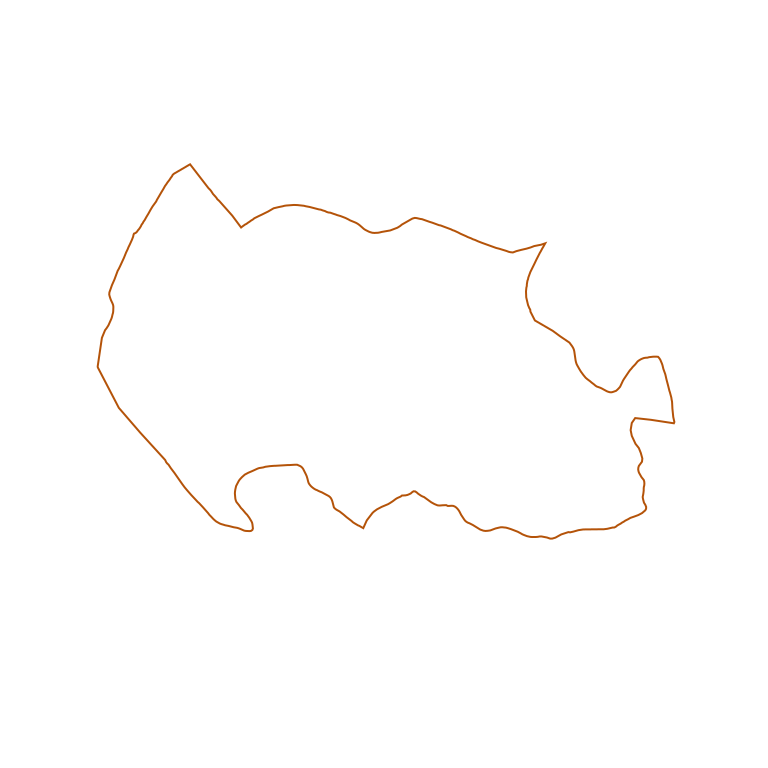 outline of Qa'tabah, Al Dali', Yemen, rotated 201°
{"feature_id": "15242507B41801613427967", "entity_name": "Qa'tabah", "entity_type": "district", "adm_level": 2, "iso_a3": "YEM", "parent_name": "Yemen", "parent_adm1": "Al Dali'", "projection": "albers", "projection_center": [44.626, 13.929], "detail": "fine", "context": "isolated", "style": "outline", "palette": "amber", "viewbox_px": 768, "rotation_deg": 201, "n_neighbors": 0, "source": "geoboundaries", "source_scale": "gbopen_adm2", "svg_char_len": 6157}
<svg xmlns="http://www.w3.org/2000/svg" viewBox="0 0 768 768"><g transform="rotate(201 384 384)"><path d="M117.5,332.6L116.3,334.0L115.5,335.5L114.3,337.0L113.0,338.5L112.1,339.9L110.8,341.4L109.8,342.9L107.6,345.3L106.0,347.3L102.9,349.9L99.6,352.8L96.8,356.0L94.8,359.7L94.6,361.4L95.2,363.2L96.8,364.9L98.8,366.4L101.0,369.5L102.0,371.2L102.5,374.1L102.9,375.8L103.4,377.7L104.0,379.2L104.5,380.9L104.7,382.6L105.2,384.3L106.1,386.2L107.1,387.5L110.2,389.3L113.0,391.6L114.3,392.7L115.3,394.0L116.1,395.4L116.6,397.2L116.7,398.9L115.3,403.9L116.1,407.0L119.5,411.6L123.1,415.5L127.8,418.3L134.1,424.4L137.2,429.3L138.7,436.4L137.3,442.2L122.1,446.2L99.3,451.2L99.3,452.6L101.5,455.9L102.1,456.8L105.9,464.3L108.1,469.3L108.8,470.8L110.0,472.7L110.9,474.3L114.1,478.7L115.1,479.9L118.4,484.6L122.0,489.6L124.0,492.6L124.9,493.9L128.6,498.2L130.8,501.4L131.9,502.7L134.8,505.7L136.2,506.7L137.8,507.6L139.4,507.2L142.6,505.9L146.2,504.0L147.5,503.0L149.1,502.3L150.5,501.5L151.8,500.4L153.0,499.2L154.2,497.7L155.3,496.0L156.5,492.3L158.0,488.8L158.5,487.1L159.3,485.1L159.8,483.2L161.8,474.5L162.1,472.7L162.6,466.0L163.3,464.1L164.0,462.5L164.9,460.8L167.1,458.9L168.4,457.9L170.0,457.3L171.7,457.1L173.4,457.1L179.3,457.9L180.9,458.0L184.6,457.9L186.2,458.3L187.8,458.9L190.9,459.8L192.5,460.4L195.7,461.3L198.0,462.1L199.4,462.9L201.0,463.8L204.6,466.1L207.3,468.2L210.2,470.6L211.4,471.7L212.6,473.2L213.6,474.7L217.4,481.5L218.2,482.9L219.2,484.3L220.4,485.5L221.8,486.6L225.7,489.1L236.8,491.7L245.5,494.1L265.9,497.4L273.2,504.0L274.2,505.9L275.4,506.8L277.8,509.3L282.3,515.9L283.1,517.8L284.6,521.3L285.6,524.9L285.8,526.6L286.4,528.4L287.1,531.8L287.1,533.5L287.4,535.1L287.5,541.0L286.6,550.8L286.3,554.7L285.5,562.3L285.2,564.0L284.8,567.3L284.5,568.9L283.9,573.1L287.3,570.3L293.2,566.6L296.1,564.0L299.5,561.4L303.8,558.5L308.0,555.5L310.8,553.0L313.0,552.4L314.9,552.1L317.2,552.1L324.7,551.6L328.1,551.2L343.1,550.9L347.2,550.9L350.6,551.1L353.1,551.0L354.7,551.2L358.5,551.2L360.4,551.4L366.5,551.7L368.9,552.0L373.2,552.3L375.1,552.2L376.7,552.4L388.0,552.3L389.6,552.0L396.7,551.9L399.8,551.7L407.6,551.5L409.3,551.1L412.9,550.6L414.8,550.1L416.8,548.6L424.4,539.3L425.6,537.2L427.5,534.7L433.2,529.6L440.7,525.1L442.1,524.1L443.7,523.1L447.1,521.6L449.1,521.0L451.3,520.8L452.9,520.8L456.7,521.2L458.5,521.6L460.6,522.4L463.9,523.6L465.8,524.1L467.5,524.4L469.3,524.5L474.3,524.6L476.2,524.9L479.5,525.2L484.8,525.2L488.3,524.9L490.1,524.9L491.7,524.8L495.5,524.7L497.4,524.2L499.2,524.1L501.1,524.3L503.4,524.1L505.5,524.1L507.2,523.7L517.0,522.6L520.8,521.9L522.6,521.7L529.0,520.0L532.2,518.9L539.2,515.6L540.8,514.7L542.3,513.6L545.6,511.5L550.0,508.5L554.0,503.5L557.6,499.6L558.7,498.4L561.1,495.9L564.5,492.2L565.3,490.7L566.7,488.9L567.7,487.3L568.8,485.8L569.8,484.2L570.9,483.0L572.8,480.1L573.5,478.9L586.0,486.8L603.5,495.9L605.9,496.8L606.9,497.6L608.5,498.5L611.7,500.1L614.4,502.1L615.9,503.0L618.0,503.9L643.8,519.6L655.4,505.1L656.2,503.6L656.4,501.9L657.0,499.8L657.4,497.8L658.4,494.5L658.8,492.6L659.4,490.4L659.9,486.9L660.6,483.0L661.6,476.8L662.0,474.5L662.1,472.8L663.7,466.8L664.4,462.9L665.0,458.6L665.7,454.7L666.2,451.2L666.7,449.4L666.9,447.6L667.4,445.9L667.5,444.2L667.8,442.6L668.2,440.9L668.8,439.3L669.2,437.6L670.0,436.0L671.3,434.8L671.3,433.4L671.0,431.7L671.0,428.3L671.1,426.7L671.3,423.3L671.6,419.9L671.6,418.1L671.9,414.4L672.0,408.6L672.6,399.4L672.9,396.1L673.2,394.3L673.1,384.9L673.2,382.9L673.4,378.7L673.3,375.1L673.2,371.2L672.6,369.1L671.5,367.5L669.9,365.5L668.7,364.2L666.2,361.8L665.1,360.5L664.3,359.0L663.6,357.0L662.9,355.0L662.5,353.4L662.3,351.2L662.0,349.2L661.9,347.3L662.1,343.5L662.3,339.9L663.0,336.6L663.7,334.3L663.9,326.0L657.6,297.8L657.1,296.9L623.0,266.7L594.1,251.2L561.0,234.6L559.4,233.0L557.9,232.1L556.3,231.5L552.8,229.0L547.8,225.9L536.4,218.2L533.1,216.1L529.5,214.1L524.2,211.3L517.4,208.0L515.8,207.2L513.9,206.5L509.0,204.1L502.1,200.5L500.0,199.2L498.2,198.4L494.9,196.8L493.1,196.1L491.3,195.5L487.3,194.9L485.7,194.9L483.4,195.1L481.6,195.2L478.2,195.8L473.0,196.4L469.5,197.1L467.9,197.2L466.1,197.2L462.0,197.0L460.4,197.3L457.0,198.4L455.6,199.1L454.6,200.5L454.6,202.1L456.5,205.8L457.5,207.3L458.7,208.4L461.9,210.9L465.0,212.9L466.6,213.6L470.9,216.0L473.1,217.0L476.1,219.0L479.4,220.9L480.5,222.0L481.6,223.5L482.5,225.3L484.0,228.4L484.5,230.0L485.0,232.2L485.5,235.7L485.3,237.7L485.1,239.3L484.9,241.1L484.5,242.9L483.9,244.5L483.2,246.2L481.5,249.5L478.9,252.5L475.8,255.5L471.7,259.7L470.4,260.8L466.9,262.8L465.1,264.2L461.1,266.4L457.8,268.0L455.9,268.8L445.3,273.6L443.1,274.5L437.8,276.9L436.1,277.5L432.4,277.3L430.6,276.7L429.1,275.8L424.6,271.7L423.2,270.3L421.7,268.4L419.6,265.4L418.5,264.2L417.0,263.2L415.3,262.3L413.6,261.7L411.8,261.2L410.1,260.9L408.5,260.9L406.9,260.7L405.0,260.6L403.3,260.6L399.5,260.1L395.5,259.6L393.9,259.1L392.5,258.3L391.0,256.9L390.0,255.7L386.5,250.8L385.0,250.1L383.3,249.6L379.8,249.1L374.9,247.6L371.3,246.3L365.2,244.5L363.5,243.8L361.6,243.4L357.5,242.7L355.9,242.7L355.1,242.5L351.7,242.0L351.2,250.5L348.5,259.6L347.6,261.4L345.6,264.5L342.1,268.5L337.2,273.2L335.9,274.8L333.8,277.7L331.8,280.9L330.7,282.3L328.1,284.9L327.3,286.3L324.1,287.7L322.4,288.8L321.1,290.0L319.8,291.4L319.0,293.0L318.0,294.4L316.4,294.9L314.6,294.5L312.8,293.8L309.4,293.0L307.7,292.8L306.1,292.8L297.5,290.5L293.9,290.0L290.6,289.9L289.0,290.3L287.4,291.0L285.8,291.8L282.5,293.2L280.8,293.0L279.3,293.6L277.4,294.5L275.8,295.0L274.1,295.0L272.4,294.6L270.8,293.9L269.4,293.1L268.0,292.1L265.0,289.4L260.8,286.4L259.4,285.5L257.8,284.9L256.1,284.6L254.3,284.6L250.5,284.2L242.0,282.6L238.6,282.7L236.9,283.1L235.4,283.7L233.7,284.6L232.3,285.4L228.1,289.1L225.2,291.1L223.8,292.0L222.1,292.7L220.5,293.1L218.7,293.6L216.9,293.8L213.5,294.0L208.1,294.0L206.3,294.0L202.9,293.6L201.3,293.3L199.7,293.2L196.0,293.2L192.7,293.7L190.9,294.2L187.6,295.5L185.7,296.4L184.1,297.4L182.4,298.1L176.8,299.1L173.6,299.2L171.5,300.0L168.9,302.0L164.6,307.1L158.8,311.8L157.1,312.2L154.4,314.0L150.1,317.2L145.9,319.6L126.7,327.2L123.7,328.8L119.0,332.0L117.5,332.6Z" fill="none" stroke="#b45309" stroke-width="2"/></g></svg>